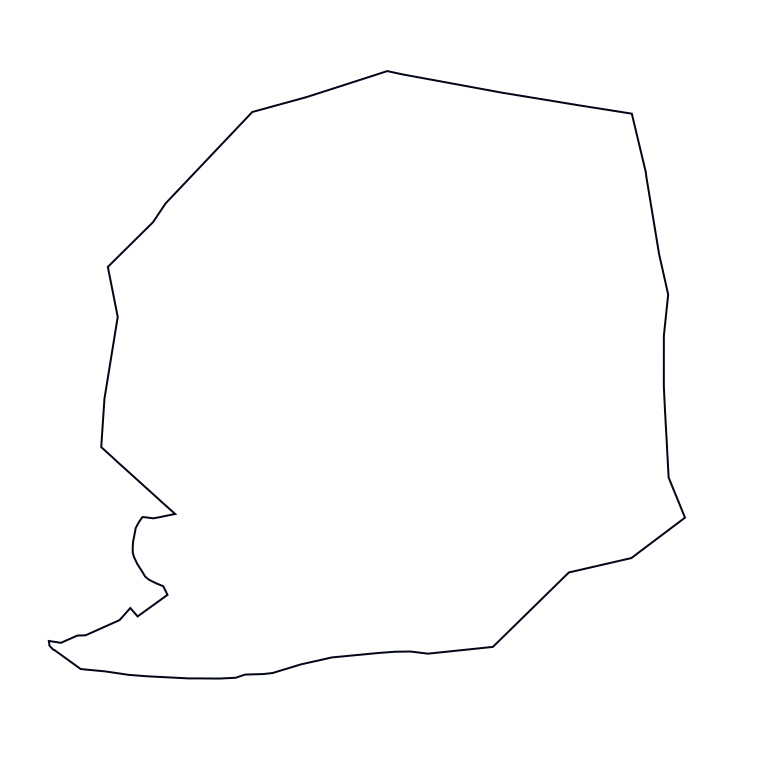 San Jerónimo Silacayoapilla, Oaxaca, Mexico, rotated 95°
{"feature_id": "50627088B61511584244630", "entity_name": "San Jerónimo Silacayoapilla", "entity_type": "district", "adm_level": 2, "iso_a3": "MEX", "parent_name": "Mexico", "parent_adm1": "Oaxaca", "projection": "orthographic", "projection_center": [-97.853, 17.807], "detail": "fine", "context": "isolated", "style": "outline", "palette": "ink", "viewbox_px": 768, "rotation_deg": 95, "n_neighbors": 0, "source": "geoboundaries", "source_scale": "gbopen_adm2", "svg_char_len": 1243}
<svg xmlns="http://www.w3.org/2000/svg" viewBox="0 0 768 768"><g transform="rotate(95 384 384)"><path d="M171.9,576.6L223.1,617.3L242.9,628.2L291.4,669.3L340.4,655.1L423.1,661.2L471.5,660.2L477.1,652.9L479.7,649.4L486.3,640.9L488.0,638.6L512.8,605.8L515.8,601.8L520.2,596.1L531.7,580.7L535.7,594.3L536.3,596.1L537.1,599.2L537.9,601.9L537.6,610.5L537.6,613.1L543.3,616.3L549.1,618.8L556.4,619.5L562.9,620.2L568.4,620.1L574.0,619.6L578.5,617.8L584.3,614.4L592.6,608.1L596.7,605.1L599.5,601.0L602.3,593.9L604.7,586.3L612.9,581.3L637.0,609.2L629.3,617.2L642.2,626.8L660.4,659.5L661.3,667.5L670.0,683.3L669.2,695.5L673.9,694.4L677.7,690.1L677.6,689.4L694.4,661.3L694.6,636.4L696.0,613.0L695.8,593.7L694.3,552.6L693.4,542.5L691.8,522.5L689.6,506.2L685.6,497.1L683.4,478.6L681.6,469.7L680.7,467.5L670.5,442.2L660.9,412.0L652.4,365.9L649.8,349.9L648.2,334.4L648.8,316.7L636.4,252.6L555.6,183.4L535.8,122.3L528.6,114.4L490.9,72.5L471.6,82.4L463.7,86.5L452.3,92.3L435.6,94.7L431.7,95.2L431.5,95.3L415.5,97.5L403.2,99.3L386.3,101.7L362.3,105.0L311.7,109.4L270.1,108.7L230.5,121.3L154.0,140.9L150.0,141.7L93.1,160.7L89.4,214.2L83.5,292.1L74.0,392.2L72.0,408.0L104.9,486.1L124.5,538.9L171.9,576.6Z" fill="none" stroke="#020617" stroke-width="2"/></g></svg>